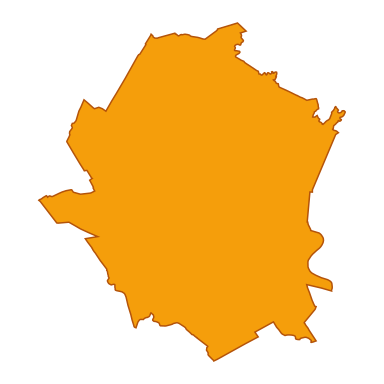 outline of Gaiseni, Giurgiu, Romania
{"feature_id": "2599482B30657181659472", "entity_name": "Gaiseni", "entity_type": "district", "adm_level": 2, "iso_a3": "ROU", "parent_name": "Romania", "parent_adm1": "Giurgiu", "projection": "robinson", "projection_center": [25.635, 44.506], "detail": "fine", "context": "isolated", "style": "filled", "palette": "amber", "viewbox_px": 384, "rotation_deg": 0, "n_neighbors": 0, "source": "geoboundaries", "source_scale": "gbopen_adm2", "svg_char_len": 5904}
<svg xmlns="http://www.w3.org/2000/svg" viewBox="0 0 384 384"><path d="M258.2,336.9L254.9,332.1L273.4,321.9L273.6,322.1L274.4,323.5L276.6,327.2L278.8,329.7L281.3,333.2L282.3,334.1L284.8,335.4L285.0,335.5L286.9,335.0L289.1,334.9L292.0,335.1L293.8,335.5L294.7,335.9L295.2,336.4L295.5,337.3L295.6,338.6L296.1,339.2L298.2,339.6L299.7,339.6L300.4,338.5L301.4,338.1L304.8,337.3L306.1,337.3L308.7,338.3L311.2,340.4L311.3,341.0L310.9,342.1L311.2,342.4L313.1,342.0L316.1,340.9L309.2,330.4L307.9,328.0L305.8,325.3L305.1,323.9L304.5,323.3L304.2,322.8L304.4,322.3L314.8,309.7L315.2,309.1L316.1,306.6L315.3,306.4L314.8,306.2L313.8,304.2L312.1,300.3L309.4,292.5L307.6,288.0L306.7,284.6L321.2,288.0L331.6,291.0L331.5,290.4L332.2,288.1L332.2,286.6L331.9,283.8L331.5,282.5L330.6,281.5L329.7,280.8L327.7,279.7L321.3,277.7L315.7,275.2L312.1,273.2L311.1,272.4L309.9,271.1L308.6,268.6L308.0,266.9L307.9,261.9L308.3,260.2L310.9,256.2L312.6,254.2L316.6,250.5L319.4,248.2L320.7,246.8L321.8,245.2L322.8,243.2L323.2,242.1L323.5,240.4L323.3,238.5L322.9,237.4L321.5,235.2L320.7,234.3L319.9,233.6L319.1,233.0L310.7,230.5L310.7,229.6L308.2,224.5L307.7,222.0L307.2,222.0L309.9,192.0L312.4,192.1L312.4,189.8L335.7,134.5L338.4,132.7L336.8,131.3L335.9,130.8L334.0,130.3L332.7,129.5L332.6,129.2L333.2,128.7L333.7,125.7L335.2,124.5L336.1,123.6L336.6,122.9L337.8,122.1L337.9,121.2L338.2,120.9L338.7,120.6L339.0,120.8L339.0,121.1L339.9,121.2L341.1,120.4L341.3,119.5L340.5,119.2L340.1,118.8L339.9,117.7L340.0,117.4L341.6,117.0L342.6,116.5L343.8,115.3L345.1,112.5L345.2,111.9L344.1,110.8L343.4,110.7L342.6,110.8L342.1,110.9L342.0,111.4L340.8,112.5L339.2,113.0L338.4,112.7L337.8,112.2L337.6,111.6L338.4,110.1L336.6,108.0L335.9,107.4L335.8,106.1L335.5,106.8L334.8,107.4L334.6,108.5L333.5,110.3L331.6,112.3L331.7,113.6L329.7,118.7L328.5,119.9L327.4,120.4L326.4,121.1L325.6,121.8L324.9,122.6L323.0,124.4L322.4,124.2L322.6,123.8L321.9,123.4L321.3,122.6L320.4,122.1L319.7,121.9L319.0,121.3L319.0,120.4L319.6,119.8L319.7,119.2L318.4,118.1L317.8,117.0L317.2,115.5L316.4,115.9L315.7,116.6L315.0,117.0L314.0,117.1L312.7,117.0L313.2,114.9L314.2,113.0L314.4,111.8L315.7,111.2L316.4,110.2L317.4,109.4L318.6,108.8L318.6,107.7L318.3,106.9L318.1,104.3L317.7,103.4L316.9,100.3L316.6,99.3L316.2,98.7L315.3,98.7L313.6,99.1L312.3,99.1L306.8,100.3L304.5,99.0L302.2,97.8L300.2,97.1L297.4,95.6L297.0,95.4L296.9,95.5L288.0,91.1L279.6,87.3L279.0,86.8L278.7,86.1L278.4,84.3L278.2,83.7L277.0,83.5L276.2,83.1L275.2,81.2L274.2,80.7L273.7,80.3L273.4,79.9L275.2,79.3L276.2,77.2L276.3,76.8L275.8,76.7L275.9,76.0L276.4,75.2L276.7,74.1L276.8,73.2L276.6,72.2L276.0,72.0L275.2,72.1L274.0,72.8L273.9,73.2L273.3,73.3L273.1,72.9L273.0,72.2L272.4,71.7L271.9,71.7L271.6,71.9L272.0,73.0L271.1,73.5L270.8,74.0L270.2,74.0L268.7,72.9L268.1,72.7L267.7,72.8L267.3,73.4L267.0,74.5L266.4,74.9L266.0,74.7L265.4,73.3L264.5,72.7L264.2,72.8L264.0,73.4L262.8,74.2L262.2,74.9L261.7,75.1L261.2,75.0L260.4,74.1L259.0,74.0L258.3,71.3L256.6,70.5L245.5,63.1L244.8,62.6L243.8,61.3L241.2,60.2L236.1,57.2L235.6,56.8L235.5,56.2L235.8,55.4L236.2,55.0L238.9,53.5L239.4,53.0L239.9,52.3L239.8,51.7L239.5,51.3L236.3,50.7L235.2,50.7L234.6,50.4L234.6,49.6L235.3,48.2L235.3,47.5L234.6,46.5L234.9,45.6L235.8,44.9L236.6,44.5L237.6,44.3L238.7,44.5L239.5,45.0L240.2,45.1L240.7,44.8L241.2,43.0L242.1,42.2L242.8,41.9L243.4,40.8L243.3,40.3L241.3,37.9L241.0,37.0L241.5,36.1L241.5,35.2L240.8,33.5L240.4,33.0L246.1,31.1L237.5,23.0L217.6,29.0L217.3,29.9L216.5,30.8L205.1,39.2L203.1,39.0L200.0,38.0L197.8,37.4L191.9,36.5L190.5,36.1L189.6,35.2L187.6,34.6L184.9,34.2L181.9,34.8L181.3,34.5L180.4,34.8L179.3,35.6L178.3,35.9L176.0,34.0L175.4,34.1L174.9,33.2L158.1,37.8L157.5,38.2L154.8,38.1L153.2,37.0L152.8,35.8L151.1,34.2L150.6,35.5L145.4,43.9L145.9,44.6L139.9,54.1L138.7,54.7L137.8,55.9L125.2,78.4L116.3,93.5L111.6,101.2L105.9,111.2L102.3,108.7L98.8,107.3L94.5,108.7L93.3,107.9L87.7,102.9L84.0,99.8L80.9,107.1L78.9,111.1L76.1,120.6L74.2,123.0L73.3,123.3L72.3,123.4L71.4,125.6L72.0,126.7L72.3,127.7L72.2,128.2L69.7,131.6L69.5,133.2L69.7,134.4L69.9,134.8L69.1,136.7L66.9,141.1L66.8,141.7L73.4,152.9L80.2,164.2L83.4,169.2L84.3,170.8L86.5,170.4L87.0,170.5L91.4,177.7L91.7,178.1L92.2,178.4L89.7,180.2L93.4,187.2L93.1,187.8L93.1,188.0L94.7,191.0L91.6,192.6L90.3,193.1L80.5,194.2L73.6,192.3L73.2,192.0L71.7,189.8L70.8,189.8L66.1,190.7L62.1,192.0L59.4,193.2L52.5,196.5L51.4,196.5L49.8,195.9L49.1,196.1L47.9,196.9L47.6,197.2L46.8,196.0L46.3,195.7L43.2,197.5L41.8,198.6L40.4,199.4L39.5,199.6L38.8,200.3L40.2,201.4L56.8,223.0L58.4,223.1L68.9,222.2L80.5,228.9L88.3,232.5L97.7,236.6L85.3,238.7L87.7,242.2L92.0,247.9L92.0,248.3L92.5,248.8L92.7,249.5L94.4,252.0L95.2,252.9L100.2,260.5L106.8,269.2L106.7,270.4L107.4,271.3L107.8,274.0L108.2,275.2L108.3,276.5L109.0,277.8L109.0,278.2L108.6,278.8L107.6,280.3L107.4,280.9L107.8,282.0L108.7,283.5L110.0,284.3L111.2,284.9L113.0,284.4L114.0,284.3L114.7,284.5L114.9,285.0L114.9,287.3L115.2,288.6L115.2,289.7L115.5,290.2L116.8,290.7L120.2,291.4L122.1,291.9L124.2,293.3L125.0,294.4L126.1,297.2L128.0,305.4L130.8,314.5L132.1,320.0L133.7,325.1L134.1,326.7L134.9,327.4L136.0,327.8L137.9,322.1L139.4,320.0L140.0,319.6L140.7,319.4L143.4,319.5L144.3,318.5L145.8,317.7L147.5,317.4L149.0,316.6L149.6,316.0L150.3,314.3L150.7,313.2L151.0,312.9L153.3,314.9L153.8,316.8L153.7,317.6L152.8,319.4L152.7,320.0L152.8,320.4L153.9,321.3L156.1,321.6L158.4,322.6L158.8,322.9L159.3,323.5L159.9,325.3L160.4,325.8L165.2,326.0L166.1,325.9L170.8,324.7L172.3,324.2L173.5,323.5L176.9,322.7L177.7,322.9L179.1,323.4L184.5,326.9L185.5,327.8L186.1,328.9L186.3,329.4L189.6,332.2L191.9,334.5L193.4,334.9L195.0,336.4L196.9,337.7L196.8,337.8L207.7,346.2L207.8,346.6L206.8,347.7L206.7,348.8L206.5,349.9L206.6,350.5L207.1,351.1L208.1,352.7L208.2,353.3L208.0,354.0L208.1,354.6L208.4,355.3L208.8,355.7L211.7,358.7L212.9,359.8L213.6,360.5L213.8,361.0L217.3,359.3L245.4,343.7L258.2,336.9Z" fill="#f59e0b" stroke="#b45309" stroke-width="1.5"/></svg>